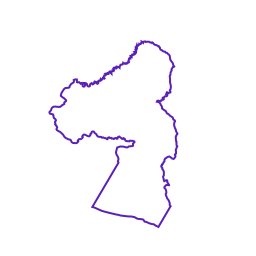 Goianésia do Pará, Pará, Brazil, rotated 300°
{"feature_id": "56859067B9668801221635", "entity_name": "Goianésia do Pará", "entity_type": "district", "adm_level": 2, "iso_a3": "BRA", "parent_name": "Brazil", "parent_adm1": "Pará", "projection": "robinson", "projection_center": [-48.924, -4.018], "detail": "fine", "context": "isolated", "style": "outline", "palette": "violet", "viewbox_px": 256, "rotation_deg": 300, "n_neighbors": 0, "source": "geoboundaries", "source_scale": "gbopen_adm2", "svg_char_len": 5835}
<svg xmlns="http://www.w3.org/2000/svg" viewBox="0 0 256 256"><g transform="rotate(300 128 128)"><path d="M41.8,136.6L42.3,138.6L43.1,146.5L44.4,151.6L47.2,161.1L47.8,162.6L48.6,165.6L51.4,172.1L53.2,175.5L54.1,178.5L54.1,181.5L56.2,186.3L56.2,187.3L55.3,189.0L55.3,189.6L55.8,190.6L56.1,194.0L56.7,196.5L57.5,198.5L57.3,200.6L57.5,203.8L81.6,204.0L81.8,203.3L82.2,202.6L83.8,201.7L85.5,199.7L86.8,196.9L89.1,194.1L89.6,193.7L90.8,193.7L91.3,193.5L93.0,192.2L93.9,190.9L94.4,189.4L95.2,189.0L97.9,189.7L99.0,192.1L99.4,191.8L101.0,188.7L102.0,188.4L102.2,187.7L101.8,187.1L100.1,186.0L100.4,185.5L103.4,182.7L104.9,182.7L108.1,180.9L109.1,179.5L109.7,178.1L110.4,177.9L111.2,176.1L111.7,175.8L112.3,175.8L112.7,176.1L113.4,175.6L114.1,176.1L115.0,176.2L115.8,175.8L117.2,176.3L118.4,175.6L120.3,175.5L121.1,176.1L122.5,176.6L124.0,178.0L124.0,179.5L123.6,181.2L124.0,183.0L126.0,183.4L127.4,183.2L128.1,182.0L128.8,181.9L129.4,182.3L129.9,182.3L131.7,181.4L132.3,180.7L133.1,180.3L134.4,180.2L135.5,179.8L136.7,179.9L137.5,178.5L138.9,177.7L139.3,177.3L140.5,176.8L140.8,176.1L144.1,173.8L144.9,173.8L145.6,173.5L147.7,173.7L148.9,171.7L150.6,170.0L151.4,168.7L153.0,167.0L154.0,166.2L156.1,165.3L157.2,165.5L157.9,164.8L158.1,162.9L159.5,161.4L159.6,158.5L160.2,156.4L160.2,154.4L160.4,153.9L161.5,152.4L161.8,148.1L162.1,147.6L163.2,147.0L164.0,145.8L164.6,144.5L165.3,143.8L165.7,142.7L165.7,141.2L165.2,139.9L166.2,139.8L166.9,140.7L166.6,141.5L166.9,141.9L168.1,142.6L168.0,143.0L168.4,143.3L169.6,143.5L170.3,144.5L170.8,144.6L171.2,144.3L171.3,143.0L171.7,143.0L172.0,143.5L172.7,143.9L173.5,143.9L173.9,144.1L174.2,144.9L175.4,145.8L175.8,145.7L176.2,144.1L176.7,144.1L177.5,145.0L177.9,143.9L178.5,143.9L178.6,145.1L178.9,145.9L180.0,146.9L180.8,146.5L181.1,145.9L181.5,145.4L183.1,145.4L185.6,144.3L189.0,141.2L190.3,140.7L194.0,138.1L195.2,138.2L196.2,137.6L197.6,137.1L199.8,137.0L200.7,136.3L203.3,136.4L203.8,137.1L204.3,137.3L205.1,135.8L206.8,134.0L207.2,132.6L208.4,130.4L211.5,127.9L212.0,126.8L212.0,125.8L212.5,124.7L212.5,123.8L212.1,122.9L212.6,121.9L212.0,120.3L212.0,119.8L212.3,118.8L212.1,118.2L212.3,116.6L213.2,115.6L213.6,115.4L213.9,114.5L213.8,114.0L214.1,113.8L213.9,113.4L214.0,112.8L214.0,111.1L213.8,110.8L213.5,109.2L213.7,108.1L214.2,107.3L214.2,106.2L213.6,106.1L213.7,105.6L213.1,104.4L213.2,103.1L212.2,101.2L211.2,100.2L211.5,99.4L210.1,97.9L209.4,98.3L209.6,96.6L209.0,97.0L208.5,96.8L208.1,97.1L207.2,97.0L206.6,96.4L206.5,95.7L205.8,96.1L205.0,95.5L204.6,95.3L204.0,95.5L203.2,94.9L203.9,94.3L202.8,94.5L202.5,94.8L201.8,94.2L200.9,94.9L200.8,95.4L201.8,95.2L202.0,95.6L201.3,96.1L200.5,96.1L200.3,95.1L199.8,95.1L199.6,95.5L199.7,96.1L198.6,96.7L198.3,96.2L197.6,95.7L197.8,97.0L197.1,97.3L196.1,97.1L196.9,96.5L196.7,96.0L195.9,95.9L194.1,96.1L193.7,95.8L194.0,95.4L193.7,94.9L192.0,94.7L191.6,94.1L191.2,94.5L191.5,95.6L191.0,95.9L190.2,94.7L189.8,94.6L189.3,95.1L189.1,94.5L188.7,94.2L188.2,94.6L187.7,94.5L186.0,94.9L186.1,95.4L185.4,95.3L185.1,95.8L184.7,95.5L184.6,95.0L183.9,94.7L183.5,95.0L182.5,94.1L182.3,93.7L182.8,93.5L182.5,93.0L182.3,92.5L181.2,91.7L181.5,91.3L180.4,91.5L179.0,89.9L178.5,90.2L177.2,90.0L175.9,90.6L176.2,89.3L175.9,88.6L175.0,88.4L175.5,87.4L175.1,87.1L174.6,87.2L174.2,87.4L174.0,88.0L173.6,87.9L173.6,87.4L173.1,87.0L173.1,86.3L173.4,85.9L173.2,85.6L172.0,85.5L171.6,85.8L171.2,86.2L171.5,86.6L170.7,87.1L170.1,87.1L169.9,85.8L169.3,86.1L168.3,85.5L166.8,86.5L167.3,84.8L168.0,84.2L167.7,83.9L166.6,84.2L166.1,84.0L166.2,83.3L165.3,82.8L164.7,83.7L164.3,83.1L164.3,81.9L163.8,81.4L163.7,82.0L162.8,82.3L162.2,82.1L162.1,81.5L161.6,81.1L160.4,81.4L159.6,81.2L159.3,82.9L158.8,82.8L158.6,82.2L158.9,81.3L156.4,81.1L156.8,79.8L154.9,80.2L154.5,79.2L153.6,79.2L152.0,79.8L151.3,79.6L150.9,79.3L151.0,78.9L152.4,78.1L151.2,77.4L151.7,76.4L151.5,75.8L150.5,75.9L149.8,76.3L149.0,76.2L148.0,75.5L148.1,74.9L148.7,74.6L148.7,74.1L147.0,73.3L145.1,74.0L144.3,73.3L144.1,72.3L144.3,71.7L145.4,70.7L145.8,69.6L145.7,68.9L144.9,67.2L144.5,67.7L144.3,69.5L142.2,69.5L141.7,69.0L141.5,68.3L141.7,67.8L143.1,66.7L143.8,67.0L144.1,66.3L143.7,65.1L142.7,64.9L143.2,62.7L142.3,61.6L142.2,60.9L144.5,59.4L143.6,57.9L142.5,57.0L141.1,58.0L140.4,58.1L137.8,56.8L135.2,56.5L134.2,56.9L133.8,56.9L132.8,56.0L131.8,54.4L130.7,53.4L129.4,53.1L124.9,52.9L122.3,53.7L121.8,56.4L121.9,57.2L121.1,60.5L120.7,60.8L119.9,60.8L118.7,60.1L118.2,60.1L116.9,60.8L114.5,59.4L113.6,59.3L112.3,58.5L111.5,57.3L110.2,54.3L109.3,53.0L108.0,52.2L106.8,52.0L104.7,52.5L102.5,52.0L101.9,52.4L101.4,53.3L102.3,56.0L101.8,57.1L101.1,57.3L99.6,58.9L99.5,60.1L99.1,61.2L98.4,61.9L97.3,61.6L96.3,62.0L95.9,62.7L95.4,63.0L94.8,63.0L94.5,64.0L94.1,64.3L94.0,65.2L93.1,66.4L91.2,66.6L90.6,67.6L90.6,71.6L89.9,74.8L88.6,77.3L88.2,78.8L88.4,82.0L89.0,84.0L88.8,84.6L87.8,85.9L87.5,87.0L87.6,88.0L88.9,90.6L90.1,91.5L91.5,91.6L91.7,90.9L92.8,90.9L93.9,91.2L94.7,92.6L96.1,93.4L97.5,93.4L97.8,92.6L98.3,92.5L99.9,92.8L100.3,93.1L100.7,94.3L100.9,97.3L101.4,98.6L102.8,99.0L103.9,98.4L104.3,98.5L104.8,99.0L105.9,98.6L106.7,98.6L107.4,99.3L107.8,100.3L107.1,101.4L106.7,103.9L106.1,104.6L105.6,106.0L105.8,107.2L106.9,109.3L106.6,109.9L106.6,110.4L107.4,111.1L107.5,112.7L108.1,113.8L107.8,115.0L108.2,115.3L108.2,115.8L109.6,115.6L110.5,116.3L110.3,117.4L111.0,118.2L110.7,119.4L111.4,120.1L111.4,121.2L111.8,121.6L112.4,121.6L113.1,122.2L113.5,122.8L113.1,123.8L113.5,124.2L115.2,123.9L116.2,124.6L115.7,128.3L115.9,129.1L116.9,129.1L117.0,130.5L115.9,131.9L115.8,132.5L116.3,134.2L117.2,135.9L118.0,136.0L118.3,136.8L119.2,138.3L119.5,140.3L118.9,140.7L117.0,140.1L115.3,141.2L114.7,141.0L112.4,137.9L111.4,137.5L110.5,136.7L109.5,133.1L107.9,130.3L105.6,128.4L100.7,129.8L99.0,131.7L98.4,133.0L96.7,135.1L95.5,135.6L94.1,135.9L93.2,137.1L41.8,136.6Z" fill="none" stroke="#5b21b6" stroke-width="2"/></g></svg>